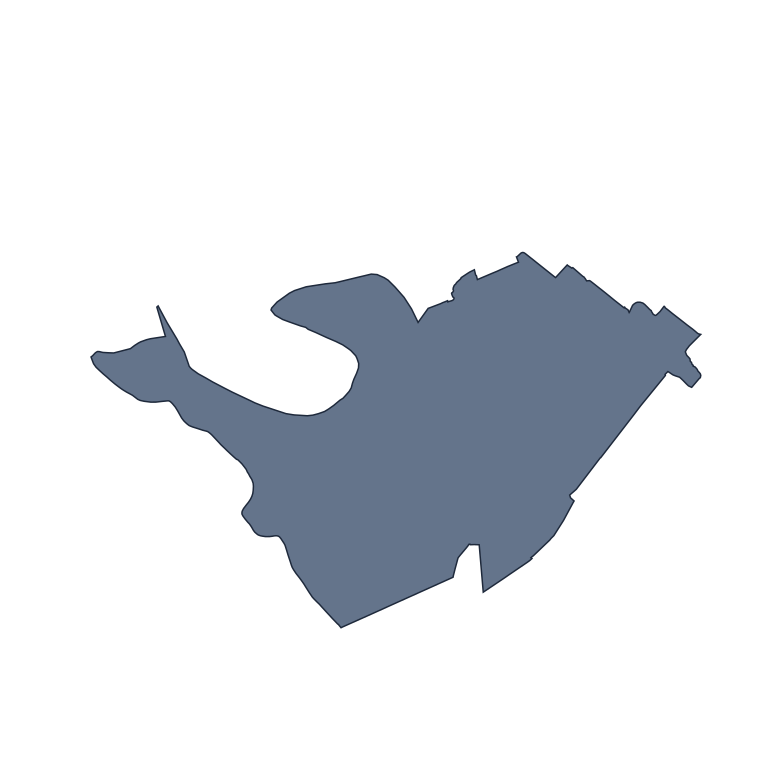 the district of Mahmudia, Tulcea, Romania, rotated 215°
{"feature_id": "2599482B4733936429488", "entity_name": "Mahmudia", "entity_type": "district", "adm_level": 2, "iso_a3": "ROU", "parent_name": "Romania", "parent_adm1": "Tulcea", "projection": "albers", "projection_center": [29.111, 45.091], "detail": "fine", "context": "isolated", "style": "filled", "palette": "slate", "viewbox_px": 768, "rotation_deg": 215, "n_neighbors": 0, "source": "geoboundaries", "source_scale": "gbopen_adm2", "svg_char_len": 5187}
<svg xmlns="http://www.w3.org/2000/svg" viewBox="0 0 768 768"><g transform="rotate(215 384 384)"><path d="M279.4,159.7L278.6,161.2L261.9,189.1L251.0,207.5L216.6,265.3L217.3,266.9L219.8,273.5L222.3,280.4L223.5,283.7L223.6,284.5L223.4,287.6L222.6,296.5L222.4,299.4L222.5,300.7L222.5,301.4L222.1,301.8L221.6,302.1L221.2,301.8L220.9,302.0L218.0,304.2L213.8,306.9L183.3,270.4L174.8,292.4L173.0,297.2L172.5,298.6L164.5,319.7L163.4,322.8L162.7,325.9L164.0,326.0L163.6,327.7L163.2,328.7L158.7,351.3L158.6,353.3L158.5,353.9L157.9,357.2L158.7,375.2L161.0,394.9L161.2,397.2L166.0,397.8L166.6,398.3L168.2,399.5L166.2,407.6L166.1,407.9L164.5,447.3L164.4,447.6L164.4,448.0L164.2,448.1L161.7,502.2L161.3,513.1L158.4,552.4L159.3,553.1L158.6,557.0L158.1,557.1L152.6,557.2L150.0,557.8L145.7,559.1L141.4,558.5L136.2,557.5L133.5,557.1L130.1,557.7L130.0,558.0L128.9,569.4L128.5,570.6L129.4,572.7L130.6,573.7L131.7,574.1L133.4,574.5L134.6,574.8L135.8,575.6L137.6,576.1L139.3,576.4L140.9,575.9L141.5,576.7L142.1,576.7L142.9,576.8L144.6,578.1L145.6,578.2L146.1,578.3L146.9,579.1L147.8,580.1L149.8,580.6L152.4,581.1L154.6,582.5L155.6,583.2L156.0,585.6L155.8,590.4L153.0,606.3L155.1,605.5L156.3,605.4L160.1,605.8L163.1,606.0L166.1,606.1L169.4,606.2L172.9,606.4L178.4,606.7L182.5,606.9L188.6,607.2L193.9,607.6L197.2,607.7L198.1,608.2L199.1,608.3L199.2,607.7L199.4,601.8L200.3,597.4L200.7,596.2L201.1,595.8L201.9,595.6L202.7,595.6L203.8,595.6L204.5,596.0L205.3,596.3L206.4,596.8L207.2,597.4L208.2,597.4L209.4,597.5L211.9,598.0L216.0,598.7L218.3,598.8L221.1,597.9L223.2,596.4L224.1,595.3L225.0,593.3L225.5,591.1L224.2,583.7L224.2,583.2L226.7,584.7L229.9,584.6L230.9,585.0L231.0,584.1L236.4,584.4L242.1,584.7L254.5,585.6L260.7,586.0L261.4,586.0L269.7,586.5L273.9,586.7L274.9,586.6L277.2,584.7L279.5,585.7L281.8,586.4L282.8,586.2L296.1,587.6L296.6,586.7L301.3,586.5L302.2,586.6L302.7,583.0L304.5,569.6L305.7,569.6L343.1,571.9L344.7,571.8L345.7,571.4L346.3,570.8L346.9,569.8L348.0,564.6L348.4,564.1L343.7,560.9L346.7,556.4L349.0,552.8L349.6,551.9L350.0,551.3L352.1,547.8L354.4,544.0L356.1,541.1L358.6,537.2L365.4,526.3L367.4,523.1L370.4,525.7L371.4,525.8L375.5,529.4L377.9,525.1L378.8,523.0L381.8,515.4L381.6,515.2L381.6,513.8L382.3,510.6L382.6,509.5L382.6,509.1L382.7,508.1L382.6,507.1L382.7,506.5L382.9,505.9L383.0,504.9L382.5,502.7L381.8,501.2L381.1,500.7L380.4,500.1L380.4,498.3L380.7,497.7L380.7,497.1L379.7,496.2L377.6,494.8L377.2,494.8L376.9,494.8L376.5,494.8L376.2,494.7L375.8,494.4L375.6,493.9L375.5,493.2L375.6,492.5L376.0,491.5L376.8,490.5L378.3,488.6L378.8,487.9L379.3,488.4L379.7,488.7L381.6,485.7L382.4,484.6L383.7,482.3L390.9,471.7L391.2,471.4L391.4,454.0L404.5,461.3L417.3,466.5L430.8,469.8L440.1,471.4L444.7,471.2L452.4,469.7L457.5,466.7L462.0,461.6L466.2,456.9L478.7,442.7L482.1,438.9L489.5,432.4L503.5,419.0L510.9,409.2L513.6,404.1L518.6,389.8L519.6,381.8L519.0,379.8L513.0,378.0L510.9,378.1L504.1,378.7L497.2,380.5L485.7,383.7L480.6,385.5L477.5,385.3L469.6,387.0L457.5,389.2L447.9,391.2L440.3,392.4L433.4,392.5L430.4,392.4L423.3,390.9L420.7,389.4L416.5,386.3L414.1,382.5L412.6,377.1L411.4,370.6L410.3,366.6L408.6,362.0L408.3,357.9L408.9,352.5L409.4,348.8L410.8,345.5L412.9,337.7L415.0,331.8L416.9,327.4L420.7,322.1L424.4,317.7L428.6,314.0L434.2,310.6L439.9,307.1L447.3,303.5L470.5,296.5L478.9,294.5L485.1,293.5L494.9,291.8L503.7,290.3L512.4,289.1L517.8,288.4L525.5,287.4L533.8,286.7L542.0,285.8L549.5,285.9L551.7,286.2L553.8,286.8L555.8,288.3L566.0,295.7L574.6,299.6L579.3,302.0L586.9,305.4L596.8,309.8L612.1,317.5L613.8,318.4L614.2,316.7L590.3,297.6L601.3,287.1L603.9,284.1L607.5,279.0L608.7,276.7L610.4,272.5L612.0,267.5L623.2,254.4L627.2,251.8L632.4,248.6L635.9,247.2L637.4,246.2L638.3,244.1L638.6,242.2L638.9,240.0L639.5,238.1L635.9,235.6L633.5,234.0L629.5,232.6L625.0,231.9L619.7,231.2L615.2,230.8L610.3,230.2L604.6,229.7L599.9,229.5L596.4,229.4L593.7,229.5L590.4,229.7L587.2,230.1L583.5,230.5L577.0,230.2L574.3,230.7L570.5,232.3L564.6,235.4L560.4,238.4L556.0,242.3L551.1,246.5L549.9,246.9L548.8,247.0L546.2,246.6L541.8,245.4L537.8,243.7L530.3,240.1L526.9,239.0L524.6,238.6L522.1,238.3L519.7,238.2L516.2,239.0L511.5,240.5L505.9,242.2L502.7,243.4L501.1,243.9L499.6,243.9L497.8,243.8L495.7,243.5L488.1,241.9L482.6,240.7L480.0,240.3L473.8,239.3L468.9,238.6L465.1,238.1L461.6,237.7L460.6,238.1L459.1,237.9L454.6,237.1L450.6,235.9L447.9,235.0L445.2,233.4L443.5,232.8L440.9,231.4L437.4,229.9L434.2,227.6L432.3,225.3L430.1,221.8L428.7,219.1L427.8,216.2L427.3,213.2L427.2,210.5L427.2,209.2L427.4,206.3L427.6,201.6L427.5,200.7L427.2,198.4L426.4,196.8L425.5,195.8L423.7,194.9L420.2,193.7L416.1,192.6L414.0,192.2L411.3,191.2L409.5,190.4L407.0,189.2L404.8,188.5L401.8,188.2L400.5,188.2L398.2,188.8L396.6,189.5L393.8,190.9L392.3,191.9L390.1,193.5L388.3,195.1L386.8,196.6L385.5,197.7L384.5,198.3L383.1,198.8L381.9,198.8L380.0,198.3L374.4,196.1L372.5,195.1L368.7,192.2L364.4,188.8L358.6,184.5L356.0,182.5L353.9,181.1L351.6,180.0L347.5,178.4L341.9,176.7L338.4,175.5L335.1,174.3L330.4,172.3L325.6,170.3L320.4,168.3L318.2,167.8L314.4,167.1L310.5,166.5L306.7,165.6L300.4,164.2L291.7,162.3L284.1,160.8L283.3,161.0L282.9,160.7L279.4,159.7L279.4,159.7Z" fill="#64748b" stroke="#1e293b" stroke-width="1.5"/></g></svg>